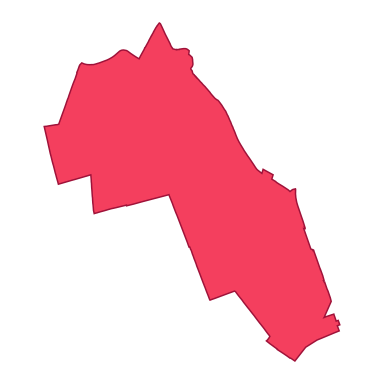 IJsselstein, Utrecht, Netherlands
{"feature_id": "6326949B52103687367672", "entity_name": "IJsselstein", "entity_type": "district", "adm_level": 2, "iso_a3": "NLD", "parent_name": "Netherlands", "parent_adm1": "Utrecht", "projection": "albers", "projection_center": [5.028, 52.026], "detail": "fine", "context": "isolated", "style": "filled", "palette": "rose", "viewbox_px": 384, "rotation_deg": 0, "n_neighbors": 0, "source": "geoboundaries", "source_scale": "gbopen_adm2", "svg_char_len": 5549}
<svg xmlns="http://www.w3.org/2000/svg" viewBox="0 0 384 384"><path d="M294.9,361.0L305.7,347.2L317.1,340.0L319.8,338.9L322.0,338.0L334.2,332.9L336.2,332.1L339.2,330.9L337.3,325.7L339.8,324.8L338.2,320.4L336.2,321.1L333.8,314.1L333.2,314.4L332.6,314.5L328.1,316.0L327.9,316.1L327.2,316.3L326.4,316.5L325.2,317.0L324.7,317.3L324.1,317.5L324.5,316.8L324.8,315.9L325.8,313.6L326.5,312.0L326.6,311.8L331.2,301.4L330.4,298.2L330.2,297.4L329.9,296.7L328.0,291.1L327.0,288.9L324.7,282.2L324.4,282.3L323.4,280.5L323.9,280.2L324.0,280.2L322.7,275.6L320.5,269.6L320.4,269.7L317.0,259.9L314.3,252.3L314.0,251.5L313.8,251.1L313.4,250.9L313.8,250.7L313.6,250.1L312.9,249.7L311.0,249.1L310.8,248.9L309.1,244.0L303.7,228.5L305.0,228.6L304.5,227.2L304.9,227.3L303.0,221.2L301.0,215.4L298.4,207.7L297.8,206.0L296.7,202.3L295.8,197.5L295.6,194.9L295.5,194.1L295.6,189.5L295.3,189.5L295.3,188.9L293.0,189.4L292.4,189.7L291.8,190.1L290.0,191.5L289.8,191.3L288.1,189.8L282.8,186.3L279.3,184.2L276.5,182.4L276.0,181.9L275.7,181.5L273.9,180.5L273.8,180.4L271.8,179.1L271.9,178.8L273.1,174.8L263.1,169.3L261.9,173.4L261.3,173.0L261.2,172.8L261.0,172.7L259.2,171.3L257.9,170.3L256.9,169.4L255.5,167.5L253.9,165.0L249.2,158.0L248.2,156.6L247.8,156.1L245.7,152.9L244.2,150.7L243.0,148.6L241.1,145.5L240.9,145.2L239.0,141.9L238.1,140.1L237.2,138.3L236.9,137.4L236.7,137.0L236.2,135.8L235.8,134.8L235.0,132.6L234.0,130.2L233.3,128.7L233.1,128.0L232.6,126.7L231.9,125.4L230.4,121.4L230.1,121.0L228.8,117.9L227.9,115.8L227.1,114.5L226.8,113.7L226.2,112.4L225.9,111.7L225.8,111.4L224.3,109.3L221.7,105.1L219.6,102.3L218.6,101.0L218.2,100.6L217.8,100.2L217.1,99.9L216.6,99.6L215.8,99.0L214.8,98.2L214.0,97.3L211.8,94.8L211.5,94.4L210.7,93.5L210.0,92.4L208.7,90.9L207.0,88.9L206.0,87.8L205.3,86.9L202.9,84.5L201.5,82.8L200.4,81.8L199.1,80.2L197.5,78.5L196.2,77.0L196.2,77.3L194.5,75.4L194.3,74.9L194.1,74.7L193.3,74.1L193.1,73.9L192.8,73.2L192.6,72.8L192.2,71.0L192.1,70.8L191.8,70.4L191.2,69.7L190.9,69.2L190.8,68.9L190.8,68.7L190.9,68.2L191.9,66.9L192.3,66.3L192.5,65.8L192.8,64.9L192.9,64.3L192.9,63.8L192.8,62.6L192.7,61.7L192.6,60.1L192.6,59.6L192.4,58.6L192.2,57.7L192.1,57.3L189.9,55.2L189.2,54.7L188.9,54.6L188.7,54.5L189.2,50.8L188.7,50.4L188.3,50.0L187.3,49.3L186.8,49.0L186.2,48.8L185.8,48.7L185.2,48.6L184.4,48.6L183.8,48.6L183.7,48.6L179.4,49.2L179.3,49.5L178.6,49.5L178.0,49.5L177.2,49.7L176.7,49.8L176.6,49.5L176.4,49.6L176.1,49.6L175.3,49.5L174.6,49.3L173.7,49.1L172.8,48.8L172.5,48.2L172.4,48.2L172.2,47.8L171.4,46.7L170.6,45.2L170.3,44.2L167.4,38.4L165.2,34.1L162.2,27.5L161.1,25.2L160.4,23.8L160.0,23.4L159.3,23.0L158.6,23.9L157.4,25.5L157.2,25.6L157.2,25.8L156.0,27.5L153.5,31.9L153.6,32.0L151.4,35.8L151.5,35.8L150.5,37.5L149.4,39.6L148.9,40.4L148.9,40.7L147.9,42.6L145.1,47.6L144.8,47.7L144.5,48.5L144.2,49.3L140.5,56.0L139.1,58.8L136.8,57.5L134.6,56.1L132.7,54.8L130.9,53.6L128.1,51.5L127.2,50.9L126.6,50.6L125.9,50.4L124.1,50.1L123.8,50.0L123.2,50.0L121.7,50.2L121.2,50.4L120.6,50.6L120.0,50.9L119.1,51.6L118.0,52.6L117.6,52.9L117.2,53.3L115.0,55.2L114.3,55.8L113.4,56.4L112.5,57.1L109.4,58.9L108.4,59.4L106.9,60.1L100.7,62.4L99.4,62.9L97.7,63.4L95.1,64.2L93.3,64.6L92.5,64.6L89.4,64.7L87.3,64.6L86.1,64.4L84.8,64.1L84.1,63.9L83.6,63.7L81.8,62.9L79.9,64.8L79.7,65.2L79.5,65.6L79.4,66.2L79.2,66.2L78.0,69.7L77.5,70.9L77.3,71.4L77.0,72.0L76.9,72.4L77.0,72.4L77.0,72.6L76.9,72.8L76.9,73.3L76.8,73.8L76.2,75.5L75.1,78.8L74.4,80.5L73.3,83.2L71.7,87.6L68.6,96.5L68.5,97.0L68.4,97.4L67.7,99.0L67.3,100.0L67.0,100.9L66.3,102.9L65.8,104.5L64.2,109.0L62.2,114.5L59.2,122.9L58.8,124.1L58.6,124.1L57.8,124.6L55.5,124.8L48.7,125.9L46.5,126.3L45.0,126.4L44.2,126.5L45.2,130.9L47.5,140.8L48.8,146.9L48.9,147.2L48.9,147.3L48.9,147.2L50.3,153.6L50.7,155.1L51.1,156.6L52.4,161.9L53.2,164.8L53.4,165.3L53.5,165.8L54.3,168.9L55.3,173.0L55.9,175.0L56.5,177.4L56.8,178.4L57.9,182.3L58.4,184.2L72.8,180.0L74.7,179.5L90.8,174.8L91.2,179.3L91.3,181.6L91.3,181.9L91.5,183.3L91.5,183.7L91.5,183.8L91.6,185.5L91.6,185.9L91.7,187.8L91.9,189.8L92.1,193.0L92.1,193.3L92.2,194.4L92.2,194.7L92.4,197.1L92.5,197.5L92.6,199.2L92.6,199.6L92.6,199.9L92.6,200.3L92.7,200.6L92.7,200.9L92.8,202.6L92.8,202.8L93.0,204.4L93.0,204.6L93.1,205.0L93.1,205.4L93.1,205.5L93.2,206.5L93.5,210.5L93.6,210.9L94.2,213.6L95.4,213.2L97.1,212.8L97.9,212.5L99.0,212.2L100.0,211.9L105.1,210.5L106.4,210.1L108.4,209.5L111.6,208.6L112.7,208.4L113.6,208.2L116.2,207.6L126.5,205.1L126.6,205.8L133.5,204.1L140.0,202.3L143.3,201.4L151.3,199.3L155.9,198.1L168.9,194.7L168.9,194.9L169.0,195.0L172.5,203.7L173.0,205.2L174.1,208.1L175.7,212.3L177.1,215.6L182.3,229.2L184.9,236.0L187.4,242.5L188.1,244.6L189.1,247.2L189.3,247.2L189.7,247.0L190.2,248.0L190.5,249.1L191.1,250.1L191.2,250.4L191.5,251.1L191.8,252.1L192.5,254.3L193.2,256.0L194.0,258.4L195.0,260.9L196.3,264.4L196.7,265.8L197.8,268.6L199.5,273.0L200.3,275.1L200.7,276.2L203.3,283.1L203.8,284.3L204.5,286.2L204.6,286.4L204.8,286.9L205.4,288.4L205.6,289.0L206.3,290.9L207.4,293.7L208.0,295.2L208.6,296.8L209.8,300.0L210.1,300.0L210.4,300.0L210.4,299.9L214.5,298.5L227.1,293.8L234.5,291.1L235.1,291.4L235.5,291.7L235.9,292.2L238.2,295.3L242.3,300.4L243.6,302.3L247.9,307.8L249.3,309.5L252.0,313.0L254.4,316.0L255.1,317.0L257.6,320.3L259.9,323.3L260.5,324.0L264.1,328.6L265.9,331.1L268.0,333.9L269.1,335.2L269.9,336.4L269.0,337.9L267.9,339.4L267.0,340.4L266.4,340.9L267.9,342.1L269.9,343.7L277.4,349.2L277.5,349.4L277.5,349.5L277.4,349.6L280.5,351.6L283.4,353.5L286.5,355.6L290.1,358.2L290.6,358.1L294.9,361.0Z" fill="#f43f5e" stroke="#9f1239" stroke-width="1.5"/></svg>